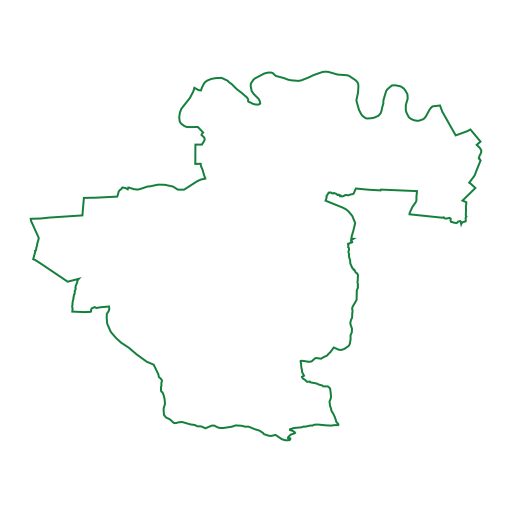 Valea Vinului, Satu Mare, Romania
{"feature_id": "2599482B77200705229767", "entity_name": "Valea Vinului", "entity_type": "district", "adm_level": 2, "iso_a3": "ROU", "parent_name": "Romania", "parent_adm1": "Satu Mare", "projection": "natural_earth1", "projection_center": [23.187, 47.68], "detail": "fine", "context": "isolated", "style": "outline", "palette": "green", "viewbox_px": 512, "rotation_deg": 0, "n_neighbors": 0, "source": "geoboundaries", "source_scale": "gbopen_adm2", "svg_char_len": 6016}
<svg xmlns="http://www.w3.org/2000/svg" viewBox="0 0 512 512"><path d="M290.3,438.4L288.0,438.1L287.9,437.8L288.6,436.7L290.8,434.6L294.8,433.2L295.1,432.8L294.9,432.4L293.0,431.0L290.0,430.0L290.0,429.3L294.0,428.0L301.7,427.3L303.9,426.5L305.2,426.7L310.6,425.5L312.5,425.6L313.9,424.8L317.3,424.5L326.7,425.4L331.4,425.6L334.4,425.1L338.2,425.1L338.4,424.8L338.3,424.1L336.4,422.0L335.0,417.5L333.3,413.8L331.8,411.4L331.2,409.9L331.0,408.3L330.1,406.2L329.5,401.6L330.5,399.2L331.0,397.1L330.9,394.7L330.1,388.5L328.4,386.8L327.7,386.4L323.7,386.4L322.9,386.2L322.3,385.5L318.6,384.5L316.7,383.5L310.2,382.3L309.8,381.6L307.1,381.8L304.9,379.8L303.0,378.6L302.1,377.4L301.9,376.8L304.0,375.7L302.0,371.9L302.1,370.4L301.4,368.0L301.0,363.3L300.6,361.7L300.7,360.9L301.1,360.8L303.2,360.9L308.7,361.8L311.3,361.5L311.9,361.2L314.8,358.5L316.1,358.0L321.0,358.7L324.1,356.9L327.2,355.5L328.1,354.3L330.4,352.1L333.8,347.5L338.9,349.8L341.4,349.9L344.2,349.0L348.6,346.0L349.4,344.8L349.9,343.4L350.6,339.2L350.5,335.4L351.8,332.4L352.0,328.7L350.5,324.5L350.4,322.5L350.9,320.2L352.0,317.8L352.2,316.2L352.2,313.6L352.5,312.0L352.5,310.1L352.1,309.0L352.3,307.7L352.8,306.4L356.6,299.9L356.8,290.4L358.0,287.5L357.7,286.1L358.0,285.4L357.8,284.6L357.9,283.9L357.4,282.0L357.7,280.7L358.0,274.9L356.9,273.2L355.7,272.5L354.8,270.7L353.8,269.9L354.1,269.6L352.3,268.0L350.3,263.5L350.1,259.9L349.2,257.7L349.1,256.1L348.8,255.8L349.2,254.2L348.8,253.7L348.4,251.5L349.0,250.0L349.0,248.8L348.8,247.9L348.1,247.1L348.4,245.8L347.9,244.0L348.3,243.6L348.9,243.8L349.7,243.2L352.2,242.2L352.1,241.6L351.0,240.9L351.2,240.1L353.4,238.8L351.3,238.7L351.8,235.9L353.3,230.9L355.2,223.1L352.3,216.0L348.7,211.6L346.4,209.6L343.2,207.8L325.6,200.7L326.6,197.6L326.4,196.6L327.1,195.2L328.7,192.6L329.4,192.8L330.5,192.4L331.5,192.8L332.2,193.4L333.5,193.4L333.9,193.0L336.4,193.9L337.5,195.0L338.3,195.0L338.5,194.7L339.8,195.2L339.5,195.4L340.0,196.2L340.7,195.9L341.2,196.3L342.5,196.4L343.6,196.0L345.3,195.0L348.4,195.3L350.5,194.5L352.8,194.1L353.6,193.6L355.9,188.5L368.2,189.7L380.6,190.4L380.9,189.6L417.0,191.1L416.4,197.5L416.5,199.7L416.3,200.9L415.7,202.3L412.3,207.1L409.6,213.1L409.5,214.3L442.2,217.7L443.7,217.3L443.9,217.5L443.9,217.9L444.5,218.3L446.0,218.6L449.6,217.9L450.7,218.7L450.5,220.6L451.2,222.0L452.1,221.9L453.5,222.6L456.3,223.0L457.2,222.7L458.1,221.6L460.2,221.1L461.0,221.8L460.9,222.8L461.2,224.1L461.5,223.3L462.7,222.3L465.7,221.3L465.7,217.5L466.4,216.5L465.9,215.8L465.8,215.0L466.0,210.7L465.9,205.7L466.2,204.7L466.3,202.2L462.5,200.6L475.4,188.0L470.9,183.9L469.2,182.7L474.2,176.1L475.2,174.2L475.7,172.5L480.6,160.4L479.2,158.9L479.4,158.6L478.8,158.2L479.4,156.1L481.1,152.7L481.3,150.6L480.5,148.9L479.7,147.8L476.7,144.9L480.5,141.6L470.4,129.5L467.3,131.2L455.7,135.4L442.3,111.7L440.0,105.5L433.0,106.3L431.7,107.0L429.7,109.4L426.0,116.2L424.3,118.4L423.0,119.3L419.0,120.7L417.0,120.8L413.6,120.1L410.7,118.7L408.9,117.3L407.7,115.1L406.4,112.4L405.8,110.2L405.8,105.0L407.7,98.6L407.4,94.2L405.6,90.9L403.8,88.5L400.7,86.4L395.5,85.3L392.0,85.4L388.7,88.1L387.0,89.7L386.1,91.3L383.4,100.3L383.3,103.7L382.1,107.7L381.6,110.5L380.7,113.1L378.4,115.8L374.1,117.7L371.6,118.2L367.3,118.5L365.7,118.2L362.5,115.9L361.2,114.2L359.0,109.9L356.6,101.6L356.4,100.2L358.0,92.7L358.4,86.4L358.2,84.0L357.4,82.1L355.5,80.2L349.0,75.8L346.8,75.2L337.8,74.6L328.0,71.8L325.2,71.7L322.5,72.0L313.5,75.1L308.6,77.5L301.2,80.4L298.4,80.9L291.2,80.3L287.8,79.6L284.0,78.1L276.1,76.0L274.9,75.2L272.8,73.1L271.3,72.6L268.0,72.6L264.3,73.5L254.8,78.5L253.3,79.9L251.0,83.3L250.7,85.0L250.8,86.8L251.7,91.1L253.8,94.1L258.7,99.0L259.7,101.0L260.2,103.5L259.3,104.3L257.5,104.6L255.6,104.5L252.8,103.8L250.4,102.5L248.6,101.8L248.1,101.2L248.2,99.5L247.1,97.6L241.8,93.0L236.8,89.2L231.8,84.2L228.9,82.1L227.6,80.7L221.6,77.9L215.8,78.1L211.4,78.9L207.6,80.4L205.6,81.7L204.2,83.2L201.9,87.6L201.0,90.4L198.5,90.1L194.4,87.8L193.3,91.5L189.8,98.1L181.4,108.7L179.9,112.6L179.2,117.3L179.7,121.2L180.3,122.6L181.2,123.7L184.0,125.8L185.8,126.7L187.5,127.1L197.9,127.0L203.1,132.5L201.8,134.0L201.5,135.0L204.0,137.3L204.5,138.4L204.7,139.5L204.4,140.5L201.9,144.6L195.4,144.6L195.3,163.9L200.7,163.8L200.8,165.3L201.2,166.7L202.5,169.6L204.1,175.3L205.3,178.6L201.0,179.5L197.4,181.1L184.0,189.7L177.7,189.6L173.6,186.9L172.3,186.4L164.8,184.8L161.0,184.7L157.8,184.7L150.3,186.3L147.3,186.6L140.6,188.9L137.6,189.6L134.0,189.2L128.6,187.5L128.3,187.5L127.7,189.3L125.4,188.0L122.3,187.5L121.4,189.0L119.9,190.0L118.7,191.5L117.8,195.0L117.2,196.6L95.8,197.7L83.9,197.9L82.4,215.4L49.0,217.6L40.7,218.5L30.7,218.8L31.1,221.0L38.7,237.8L38.6,239.1L37.2,243.9L37.1,245.5L36.6,246.8L35.9,250.2L35.5,251.0L35.1,251.0L35.2,251.8L33.2,259.2L35.3,260.1L39.6,262.8L67.7,281.7L78.8,278.8L78.1,279.6L77.3,281.1L77.2,282.3L75.9,285.5L75.4,287.7L75.7,288.5L75.6,289.3L74.7,291.2L74.8,292.7L74.4,294.4L74.0,294.7L73.7,297.0L73.4,297.4L73.5,298.9L73.0,300.1L72.5,303.2L72.5,304.6L72.1,306.8L72.6,308.4L72.3,311.6L84.4,312.1L89.9,311.9L90.9,311.7L91.1,311.4L91.0,310.3L91.3,309.1L91.8,308.4L94.7,307.1L96.4,308.0L100.2,307.3L109.0,306.5L109.3,308.8L109.1,310.0L108.1,312.0L106.8,314.0L106.7,317.9L107.1,323.0L107.5,324.4L110.5,331.3L111.2,332.4L116.1,338.1L121.3,342.8L128.8,347.7L136.4,354.2L146.7,361.7L153.7,364.7L158.3,374.2L158.9,377.0L160.6,378.5L162.0,380.4L161.8,381.7L161.4,382.6L161.4,385.9L161.0,386.9L161.0,390.6L161.3,391.5L162.4,392.3L163.0,393.4L163.7,395.3L164.6,399.3L165.0,403.8L163.7,408.2L163.6,410.1L164.0,414.9L165.9,417.4L169.8,419.3L173.8,422.9L175.8,423.1L178.2,422.4L182.1,422.0L190.4,424.4L194.8,425.0L197.4,426.3L201.3,426.4L205.4,428.3L211.8,425.6L214.3,425.6L218.0,427.5L220.0,428.0L223.4,428.0L231.9,426.7L235.8,425.4L241.9,425.8L245.1,426.7L248.5,426.6L254.5,429.1L259.4,430.6L263.0,432.9L263.6,433.8L264.1,434.2L269.0,435.8L271.5,435.9L275.5,434.9L281.4,438.9L283.5,439.8L285.7,440.3L289.2,440.2L290.2,439.5L290.3,438.4Z" fill="none" stroke="#15803d" stroke-width="2"/></svg>